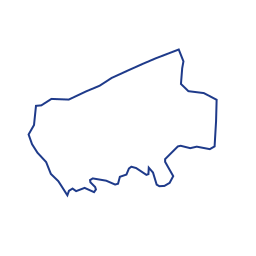 the district of Haeju City, Hwanghae-namdo, North Korea, rotated 327°
{"feature_id": "82179303B26132853361668", "entity_name": "Haeju City", "entity_type": "district", "adm_level": 2, "iso_a3": "PRK", "parent_name": "North Korea", "parent_adm1": "Hwanghae-namdo", "projection": "orthographic", "projection_center": [125.684, 38.062], "detail": "fine", "context": "isolated", "style": "outline", "palette": "blue", "viewbox_px": 256, "rotation_deg": 327, "n_neighbors": 0, "source": "geoboundaries", "source_scale": "gbopen_adm2", "svg_char_len": 901}
<svg xmlns="http://www.w3.org/2000/svg" viewBox="0 0 256 256"><g transform="rotate(327 128 128)"><path d="M212.3,94.8L213.3,89.8L189.4,84.7L175.1,82.2L158.4,79.6L141.6,77.1L127.3,77.1L113.0,74.5L93.8,71.9L79.6,61.9L67.6,61.8L62.9,59.3L50.8,74.3L41.1,79.3L38.7,89.3L38.6,99.4L40.8,112.0L38.3,124.5L40.6,134.6L40.6,139.6L40.5,149.6L40.5,151.4L44.3,148.5L48.5,148.6L50.1,152.7L59.0,154.6L64.6,163.3L67.6,162.1L68.3,159.6L66.9,153.1L67.8,151.0L71.0,151.1L81.0,160.3L86.4,168.4L89.3,169.3L94.6,164.5L101.3,166.2L106.7,162.5L109.7,162.3L113.0,166.0L117.9,177.3L120.0,177.8L123.8,172.6L124.7,179.0L121.2,191.1L122.6,193.9L127.0,196.4L133.0,196.7L139.7,193.0L140.7,176.6L142.2,174.3L159.8,170.6L162.5,171.6L169.2,178.8L175.5,181.1L185.1,190.3L190.6,190.6L205.6,170.2L217.7,152.6L210.6,140.0L198.7,130.0L196.4,119.9L206.0,107.4L210.8,102.3L212.3,94.8Z" fill="none" stroke="#1e3a8a" stroke-width="2"/></g></svg>